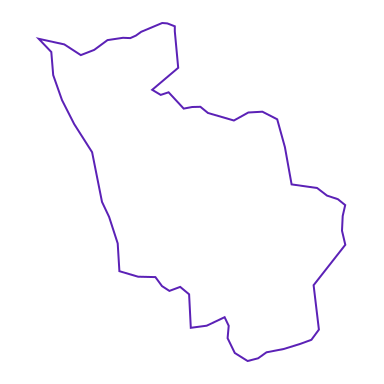 an SVG outline of Kayanza
{"feature_id": "BDI-2640", "entity_name": "Kayanza", "entity_type": "Province", "adm_level": 1, "iso_a3": "BDI", "parent_name": "Burundi", "parent_adm1": "", "projection": "natural_earth1", "projection_center": [29.667, -2.994], "detail": "fine", "context": "isolated", "style": "outline", "palette": "violet", "viewbox_px": 384, "rotation_deg": 0, "n_neighbors": 0, "source": "natural_earth", "source_scale": "10m", "svg_char_len": 866}
<svg xmlns="http://www.w3.org/2000/svg" viewBox="0 0 384 384"><path d="M162.2,23.0L167.3,23.4L174.8,26.3L174.8,31.3L178.2,67.8L152.2,89.8L160.7,94.9L168.6,92.3L183.7,108.6L192.2,107.0L200.4,106.8L208.0,113.0L233.9,120.5L248.3,112.5L262.4,111.7L277.2,119.3L284.9,147.1L291.6,184.4L317.1,188.0L327.0,195.6L337.9,199.2L345.2,205.1L342.7,216.0L342.0,230.7L345.3,244.8L313.6,285.2L318.9,329.6L311.4,339.8L300.5,343.8L283.7,349.0L266.5,352.3L258.1,358.3L247.6,361.0L234.8,353.0L227.6,338.2L228.7,325.8L224.6,317.2L206.7,325.7L190.8,327.8L189.1,294.3L180.2,286.9L169.4,290.9L162.0,286.1L155.4,277.1L138.1,276.7L119.4,271.2L117.7,243.4L109.1,216.9L102.0,201.9L92.1,152.2L74.2,124.1L62.0,100.1L53.2,75.1L51.3,52.0L38.7,38.8L64.3,44.4L80.8,55.1L94.2,49.9L107.5,40.1L123.0,37.8L130.3,38.1L135.9,35.6L141.2,31.8L162.2,23.0Z" fill="none" stroke="#5b21b6" stroke-width="2"/></svg>